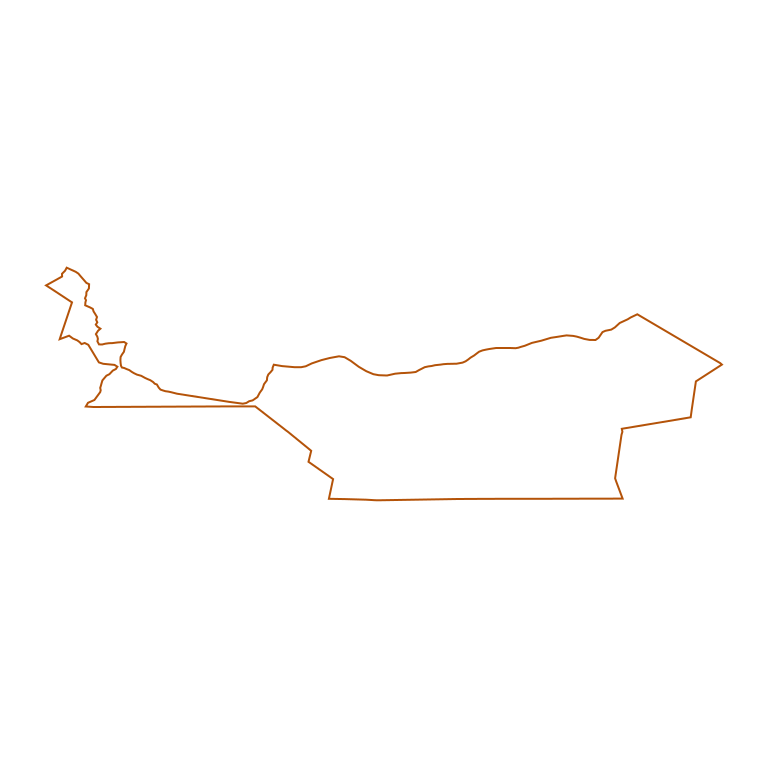 Teresina, Piauí, Brazil, rotated 90°
{"feature_id": "56859067B99238577868953", "entity_name": "Teresina", "entity_type": "district", "adm_level": 2, "iso_a3": "BRA", "parent_name": "Brazil", "parent_adm1": "Piauí", "projection": "equal_earth", "projection_center": [-42.807, -5.187], "detail": "fine", "context": "isolated", "style": "outline", "palette": "amber", "viewbox_px": 768, "rotation_deg": 90, "n_neighbors": 0, "source": "geoboundaries", "source_scale": "gbopen_adm2", "svg_char_len": 2931}
<svg xmlns="http://www.w3.org/2000/svg" viewBox="0 0 768 768"><g transform="rotate(90 384 384)"><path d="M317.5,137.4L319.3,140.3L323.0,148.3L327.4,153.1L329.6,156.7L330.8,162.6L332.1,165.5L334.0,166.8L337.8,169.4L340.0,172.5L339.9,178.5L338.9,183.8L337.7,187.5L336.6,191.3L335.9,194.9L335.4,201.4L335.8,204.2L337.0,211.7L337.8,217.1L340.7,226.7L342.9,236.1L344.2,239.3L345.8,243.3L346.9,247.2L347.7,249.6L348.2,252.4L348.1,255.2L348.0,257.9L348.0,268.0L348.0,271.9L349.0,278.7L349.6,281.9L350.4,285.5L351.7,288.9L353.2,290.9L355.5,293.9L357.6,297.4L359.5,299.8L361.3,302.4L362.6,305.4L363.1,308.1L363.7,311.4L363.8,316.1L363.9,320.8L364.2,324.7L364.6,327.3L365.2,333.0L366.0,336.4L366.4,339.6L367.2,343.3L368.7,346.2L370.1,349.0L372.0,352.3L372.6,357.3L373.0,363.7L373.1,366.8L373.7,372.9L375.5,381.0L375.2,389.2L374.2,394.6L371.2,401.7L366.8,409.2L360.8,417.3L357.2,423.4L356.3,429.0L358.0,438.3L360.1,446.5L363.4,456.2L366.3,462.3L367.2,466.9L367.2,473.4L366.1,485.9L364.7,494.2L367.7,495.4L369.8,495.5L372.0,497.3L374.5,499.7L377.2,500.8L380.3,501.1L384.2,504.0L387.0,504.9L389.3,505.8L392.6,508.2L397.1,510.6L400.4,515.4L401.2,518.8L403.0,521.7L403.7,525.2L401.9,538.7L393.7,591.0L392.2,596.9L391.6,599.7L391.2,602.6L390.5,604.9L389.6,607.5L387.6,609.3L384.5,611.1L383.7,613.3L382.1,614.8L380.2,617.7L379.1,620.4L377.9,623.0L375.8,626.8L374.6,631.1L373.2,634.0L371.9,636.2L370.1,638.7L369.1,641.3L368.0,643.8L367.5,646.1L365.8,647.0L363.1,647.4L360.1,647.6L357.0,647.4L354.5,646.0L351.8,644.1L348.8,643.4L346.1,642.7L343.5,641.5L342.0,643.9L342.2,646.7L342.4,650.0L342.7,652.5L343.1,655.7L343.2,659.0L343.7,662.7L344.5,665.9L344.4,669.0L341.3,670.6L338.9,670.1L336.6,670.7L334.1,672.1L330.7,669.9L328.7,667.6L326.7,670.6L324.6,672.2L322.3,670.7L319.8,671.9L317.0,671.0L313.5,673.1L311.5,674.4L308.9,675.2L307.4,678.0L305.3,682.8L302.4,682.6L300.2,682.0L298.3,683.0L295.2,681.7L292.1,681.6L288.5,679.1L284.2,678.9L282.9,681.6L275.9,687.7L273.6,689.6L271.8,692.3L267.7,701.3L270.7,702.9L273.8,706.0L276.5,705.9L285.4,721.9L292.1,711.6L302.4,696.0L335.8,707.2L339.2,708.3L335.7,698.9L338.5,695.1L340.4,690.7L342.1,688.4L344.1,686.5L343.0,683.3L344.8,679.7L362.4,669.1L363.8,664.8L364.9,653.5L366.7,650.6L369.0,652.1L370.6,655.2L374.2,658.6L375.7,661.6L380.4,665.6L383.8,666.6L385.7,667.1L387.9,667.8L390.2,667.3L392.1,667.8L400.0,673.6L402.8,680.0L406.5,682.2L407.0,674.5L406.6,584.7L406.4,539.9L406.4,512.8L428.5,484.4L430.4,482.0L431.7,480.2L450.8,456.8L461.8,459.5L479.1,434.9L480.9,435.3L498.8,439.1L499.1,422.5L499.7,401.9L500.2,393.2L500.3,390.5L499.3,328.7L499.0,310.2L498.9,290.6L498.9,287.6L498.9,282.5L498.9,278.4L498.8,270.7L498.8,261.8L498.8,232.2L498.8,229.2L498.7,188.4L498.7,174.9L498.6,145.4L481.5,151.8L478.3,152.9L434.8,146.5L431.8,145.6L428.8,146.2L424.6,121.0L417.3,77.3L409.9,76.3L381.4,72.1L368.6,52.3L364.6,46.1L363.1,47.8L314.3,130.7L317.5,137.4Z" fill="none" stroke="#b45309" stroke-width="2"/></g></svg>